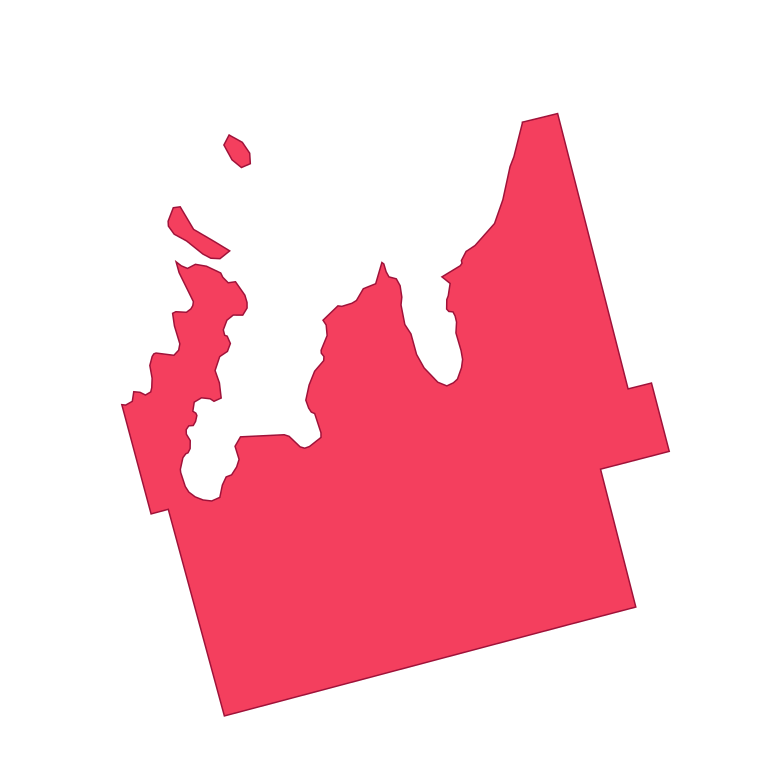 the district of Delta, Michigan, United States of America, rotated 165°
{"feature_id": "52423323B33071012110006", "entity_name": "Delta", "entity_type": "district", "adm_level": 2, "iso_a3": "USA", "parent_name": "United States of America", "parent_adm1": "Michigan", "projection": "albers", "projection_center": [-86.773, 45.817], "detail": "fine", "context": "isolated", "style": "filled", "palette": "rose", "viewbox_px": 768, "rotation_deg": 165, "n_neighbors": 0, "source": "geoboundaries", "source_scale": "gbopen_adm2", "svg_char_len": 2321}
<svg xmlns="http://www.w3.org/2000/svg" viewBox="0 0 768 768"><g transform="rotate(165 384 384)"><path d="M182.6,601.1L183.0,599.9L199.7,569.9L206.0,561.3L221.5,531.2L235.7,510.4L260.2,494.2L270.4,490.8L277.3,483.2L277.4,480.5L279.7,478.5L300.3,472.5L294.1,464.0L299.1,452.6L301.5,449.3L304.1,440.2L302.6,437.3L298.7,435.8L297.7,431.3L297.9,425.0L301.3,414.7L300.9,396.4L301.7,387.4L304.9,379.7L311.8,369.7L316.6,367.2L323.8,365.9L331.6,371.8L341.1,389.1L344.9,404.1L345.0,425.4L348.5,436.1L347.1,456.0L344.3,463.3L343.0,474.8L344.9,482.4L351.5,486.2L352.9,491.9L353.1,500.0L354.6,501.9L366.1,483.0L379.3,481.4L389.0,471.8L394.0,470.3L404.6,469.9L408.3,471.4L426.4,461.4L424.6,455.9L426.4,445.5L436.0,432.9L436.6,430.0L434.9,426.1L436.2,422.2L447.7,414.3L456.6,402.4L463.7,388.6L463.0,380.2L461.5,375.7L458.6,373.4L457.5,353.2L458.7,348.7L472.2,342.9L477.2,342.5L481.3,345.0L489.2,358.0L493.5,360.8L536.3,370.1L544.0,362.4L543.5,348.7L547.8,342.0L554.7,335.7L560.5,335.1L566.3,328.2L571.9,317.0L580.7,315.6L588.8,318.8L595.7,323.9L600.5,330.1L602.5,336.4L603.3,351.1L602.8,354.3L597.3,364.9L593.5,367.9L591.1,368.3L588.0,371.8L585.8,379.5L587.9,386.7L586.9,391.1L583.4,394.1L579.0,393.3L575.7,396.6L572.9,402.0L573.3,404.5L575.7,407.2L572.0,415.6L563.9,417.9L555.7,414.7L552.7,411.3L544.9,412.6L542.7,427.7L543.7,440.7L535.6,453.0L526.8,456.0L521.9,462.9L523.1,470.8L525.3,472.3L525.2,477.9L519.2,486.3L511.8,489.6L502.6,487.1L496.6,492.8L495.2,498.2L495.4,505.8L501.0,521.2L508.3,522.1L512.1,528.8L513.0,533.5L525.0,543.7L535.2,548.4L543.9,546.5L549.2,550.6L553.2,555.8L553.1,544.6L546.8,512.9L548.4,509.2L551.1,506.5L556.3,504.4L566.4,507.7L569.9,507.0L571.4,494.3L570.8,475.6L573.6,469.8L579.5,466.1L596.2,472.9L598.5,472.7L600.8,470.6L605.4,462.5L606.5,449.6L609.3,440.5L611.4,436.7L617.3,435.1L621.8,439.1L627.7,441.3L631.6,432.4L639.0,430.5L642.6,431.9L642.6,318.8L624.8,318.8L624.1,104.7L553.1,104.5L269.5,103.8L198.5,103.4L196.9,245.7L125.9,245.1L125.4,315.7L149.5,316.1L146.3,600.3L182.6,601.1ZM510.0,547.5L498.6,552.5L510.4,564.9L527.9,582.6L535.0,607.9L541.9,608.8L550.4,597.1L551.4,592.3L547.9,583.0L537.7,573.3L525.3,556.4L518.7,550.3L510.0,547.5ZM456.1,631.4L454.0,641.7L458.3,654.1L469.2,664.6L476.8,656.3L472.8,639.9L465.7,630.0L456.1,631.4Z" fill="#f43f5e" stroke="#9f1239" stroke-width="1.5"/></g></svg>